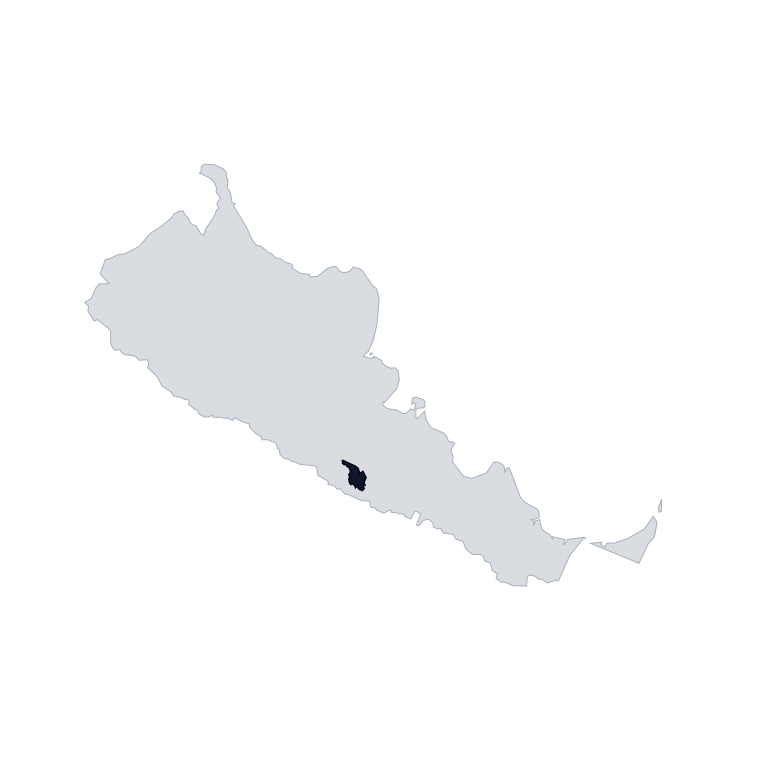 Pilnaniyeu, Río Negro, Argentina (highlighted), rotated 292°
{"feature_id": "61730980B63808307170695", "entity_name": "Pilnaniyeu", "entity_type": "district", "adm_level": 2, "iso_a3": "ARG", "parent_name": "Argentina", "parent_adm1": "Río Negro", "projection": "mercator", "projection_center": [-70.712, -40.709], "detail": "fine", "context": "in_parent", "style": "filled", "palette": "ink", "viewbox_px": 768, "rotation_deg": 292, "n_neighbors": 0, "source": "geoboundaries", "source_scale": "gbopen_adm2", "svg_char_len": 6426}
<svg xmlns="http://www.w3.org/2000/svg" viewBox="0 0 768 768"><g transform="rotate(292 384 384)"><path d="M468.5,207.3L464.8,213.8L465.7,218.2L462.2,228.7L463.1,230.7L460.3,235.8L461.3,241.1L459.9,246.4L460.6,253.0L459.5,255.0L457.0,255.5L455.3,264.8L457.5,273.8L455.6,275.5L459.0,282.2L469.3,287.9L474.6,293.8L474.8,296.3L472.1,300.0L471.8,303.1L473.3,307.3L476.0,310.0L481.0,311.6L481.7,317.7L480.9,321.6L471.5,335.5L469.4,341.5L460.5,347.8L437.3,355.0L419.3,357.8L408.9,357.3L402.1,354.4L402.6,362.4L406.0,364.7L404.3,364.9L405.7,366.3L404.9,373.0L402.8,374.3L401.1,379.8L401.3,384.6L403.3,388.6L401.2,392.6L393.3,396.7L384.0,397.6L366.7,391.2L367.4,390.1L366.5,389.7L363.7,391.0L362.5,396.6L364.4,405.2L363.8,412.8L364.8,415.3L371.1,418.2L370.7,421.3L372.8,421.6L377.3,420.9L377.8,418.4L375.5,417.5L381.6,415.6L383.9,418.8L384.1,426.6L383.0,428.7L378.2,430.2L376.9,429.8L374.1,424.3L371.8,423.2L365.1,426.1L364.3,427.8L374.2,431.9L366.9,436.1L361.1,443.5L360.9,457.3L359.6,461.2L355.5,464.8L354.8,467.5L356.2,469.1L355.7,471.7L347.9,470.8L342.4,475.2L337.4,476.7L328.1,492.6L329.4,500.6L339.7,512.1L352.7,515.2L354.3,519.1L353.8,523.8L352.2,526.5L347.4,529.2L351.5,529.2L353.3,531.5L330.0,553.0L326.9,559.3L325.5,572.5L323.7,575.3L318.9,577.9L315.6,575.1L313.1,570.2L313.2,574.2L308.7,575.7L314.1,575.8L316.6,579.1L309.3,584.0L307.2,588.4L306.3,594.7L303.4,598.3L305.6,597.6L307.6,610.0L301.9,610.8L308.9,612.9L317.0,627.3L316.3,628.4L316.0,626.9L295.0,620.5L266.7,619.5L267.0,617.6L260.6,609.9L262.0,604.4L261.0,599.8L262.4,595.7L261.5,590.6L259.1,589.0L250.1,591.9L245.2,578.4L245.6,571.1L244.2,566.5L245.8,560.7L250.4,560.4L251.8,554.3L257.7,549.6L257.8,543.7L261.3,540.5L262.2,537.6L259.0,530.2L261.4,522.2L267.6,516.1L267.1,508.5L270.5,504.8L268.0,494.8L271.5,490.6L269.8,488.3L269.9,483.1L273.2,481.8L275.4,476.1L272.0,471.1L265.7,469.6L265.4,467.0L276.7,466.8L278.1,462.8L277.4,460.5L268.8,459.3L268.9,453.9L270.8,450.5L269.2,447.0L269.8,443.9L267.6,439.2L269.8,437.0L264.2,432.3L264.3,424.4L265.6,422.4L264.8,418.2L269.8,414.3L267.5,406.8L268.1,392.7L267.3,388.9L270.4,383.2L268.9,379.4L271.1,376.6L270.2,369.5L272.8,368.9L274.7,356.8L281.0,353.2L282.3,350.8L278.0,335.8L278.5,330.2L277.5,327.6L278.7,324.3L277.7,319.6L279.6,314.0L283.9,311.7L284.3,309.8L288.7,305.9L288.6,296.6L286.6,291.8L288.9,290.1L290.3,283.0L293.7,275.6L296.5,274.3L295.9,266.0L296.9,258.4L293.2,257.1L294.1,251.7L292.8,250.4L292.0,244.8L289.6,239.9L289.4,237.7L290.8,236.3L288.1,234.4L286.2,229.9L286.6,225.7L287.1,223.0L290.1,220.9L289.5,218.9L292.0,210.5L295.0,210.1L296.6,207.1L295.0,205.5L295.4,200.5L294.0,193.3L296.8,189.7L299.2,178.7L306.0,170.9L310.6,158.7L314.2,158.5L318.0,155.8L314.2,147.9L316.7,143.0L314.1,132.5L314.9,128.7L317.1,126.4L314.6,122.5L315.4,119.3L319.0,115.6L331.5,110.1L336.4,94.3L333.8,91.5L340.6,82.3L345.5,80.8L347.5,76.0L353.8,80.5L364.7,80.7L370.2,82.5L374.1,91.6L379.8,79.5L394.9,79.0L398.0,83.4L403.8,88.3L407.8,95.1L420.4,105.8L436.4,111.0L446.3,118.2L457.9,124.4L463.6,125.8L468.0,130.1L469.0,133.3L466.4,135.8L464.5,140.7L461.4,143.4L460.1,146.5L460.3,150.4L454.3,158.3L454.5,161.2L460.6,160.6L475.5,163.7L482.6,163.7L484.9,165.0L488.8,161.3L495.1,162.8L499.1,156.4L503.2,155.2L507.6,150.8L509.7,145.4L510.5,133.9L512.9,134.7L517.0,133.1L520.7,135.4L523.8,145.1L523.2,154.4L521.5,158.2L517.0,160.3L514.6,163.0L507.5,165.0L503.7,170.0L494.9,175.4L495.5,178.2L492.6,178.0L477.9,197.7L468.5,207.3ZM313.3,687.6L313.6,635.3L319.1,645.3L316.4,644.6L315.6,649.5L320.2,650.5L322.4,656.6L332.4,668.2L347.3,679.8L362.1,683.3L358.0,689.1L343.4,692.0L334.8,688.8L313.3,687.6ZM368.1,686.9L372.5,684.8L381.3,684.5L369.7,688.8L368.1,686.9ZM408.1,360.4L407.9,362.1L405.5,359.5L408.1,360.4Z" fill="#d9dde1" stroke="#a8b0b8" stroke-width="1"/><path d="M277.3,396.3L277.7,396.3L277.8,396.3L277.9,396.2L278.0,396.2L278.1,396.3L278.2,396.2L278.3,396.2L278.3,396.4L278.3,396.5L278.5,396.8L278.7,397.0L278.8,397.2L278.7,397.2L278.7,397.4L278.7,397.5L278.4,397.8L278.2,398.0L278.1,398.3L278.1,398.5L278.1,398.9L278.0,399.1L277.8,399.3L277.7,399.5L277.6,399.8L277.4,400.0L277.4,400.3L277.3,400.5L277.5,400.5L277.8,400.7L277.8,400.8L277.6,400.9L277.4,400.9L277.2,400.9L277.1,401.8L277.1,402.7L277.1,404.0L279.9,404.8L280.4,404.1L281.3,402.6L283.0,404.4L284.7,402.8L285.7,402.4L290.6,402.4L295.1,397.2L291.9,395.1L296.0,391.8L297.1,388.4L297.7,376.1L297.8,373.9L297.8,374.0L297.7,374.0L297.4,374.0L297.2,374.1L297.1,374.3L296.9,374.3L296.7,374.4L296.6,374.5L296.4,374.5L296.2,374.6L296.1,374.8L295.9,375.0L295.7,375.1L295.4,375.1L295.4,375.3L295.1,375.4L295.1,375.5L294.9,375.7L294.8,375.8L294.7,376.1L294.6,376.3L294.4,376.6L294.3,376.9L294.3,377.0L294.4,377.6L294.5,378.0L294.8,378.4L294.8,378.5L294.9,378.8L295.0,379.0L295.1,379.4L295.1,379.5L294.9,379.6L294.7,379.5L294.4,379.9L294.3,380.0L294.1,380.1L293.6,380.7L293.6,380.8L293.6,381.0L293.6,381.3L293.7,381.7L293.7,382.0L293.6,382.8L293.5,383.1L293.3,383.3L293.0,383.6L292.7,383.7L292.6,383.8L292.2,383.8L291.9,384.0L291.9,384.4L292.0,384.7L292.0,384.9L292.0,385.1L291.9,385.2L291.7,385.3L291.3,385.3L291.2,385.4L290.9,385.5L290.5,385.4L290.2,385.5L289.4,385.7L289.2,385.7L288.8,385.9L288.7,385.9L288.6,386.0L288.4,386.0L288.3,385.9L288.2,385.8L288.0,385.7L287.9,385.6L287.7,385.6L287.3,385.5L287.2,385.4L287.1,385.5L286.9,385.5L286.8,385.4L286.7,385.5L286.8,385.6L286.7,385.7L286.7,385.8L286.2,386.0L285.6,386.4L285.6,386.5L285.4,386.8L285.3,387.0L285.2,387.1L284.7,387.1L284.4,387.1L284.2,386.9L283.9,387.0L283.6,386.9L283.3,387.0L283.2,387.1L282.9,387.1L282.5,387.1L282.4,387.1L282.2,387.2L282.2,387.3L282.1,387.5L281.9,387.6L281.7,387.7L281.5,387.8L281.3,387.9L281.2,388.0L281.1,387.9L280.9,388.0L280.7,388.1L280.6,388.3L280.4,388.5L280.2,388.7L280.1,388.8L280.2,389.0L280.0,389.3L280.0,389.5L279.9,389.5L279.7,389.6L279.4,389.6L279.2,389.5L279.0,389.8L278.9,389.8L278.8,390.0L278.7,390.1L278.7,390.3L278.6,390.5L278.7,390.8L278.7,391.0L278.8,391.1L279.0,391.2L279.0,391.3L278.9,391.3L279.0,391.4L279.1,391.5L278.9,391.6L279.0,391.7L279.1,391.9L279.3,391.9L279.4,392.0L279.5,392.0L279.6,392.3L279.6,392.5L279.8,392.5L279.8,392.8L279.9,393.0L279.8,393.3L279.9,393.5L279.7,393.6L279.8,393.7L279.8,393.8L279.7,393.9L279.6,394.0L279.5,394.3L279.4,394.3L279.2,394.3L278.9,394.5L279.0,394.6L278.9,394.7L278.8,394.8L278.7,394.8L278.7,395.0L278.6,395.3L278.5,395.5L278.4,395.7L278.1,395.6L277.9,395.7L277.3,396.3Z" fill="#0f172a" stroke="#020617" stroke-width="1.5"/></g></svg>